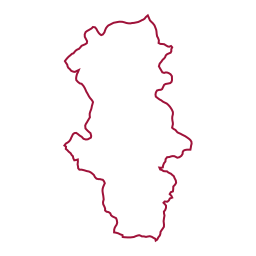 outline of Campos Altos, Minas Gerais, Brazil
{"feature_id": "56859067B3619402154228", "entity_name": "Campos Altos", "entity_type": "district", "adm_level": 2, "iso_a3": "BRA", "parent_name": "Brazil", "parent_adm1": "Minas Gerais", "projection": "robinson", "projection_center": [-46.195, -19.611], "detail": "fine", "context": "isolated", "style": "outline", "palette": "rose", "viewbox_px": 256, "rotation_deg": 0, "n_neighbors": 0, "source": "geoboundaries", "source_scale": "gbopen_adm2", "svg_char_len": 4205}
<svg xmlns="http://www.w3.org/2000/svg" viewBox="0 0 256 256"><path d="M162.1,89.1L163.3,86.6L164.1,84.9L165.5,84.0L167.8,83.6L170.2,83.1L171.5,81.9L172.0,80.1L171.9,76.2L170.6,74.3L168.9,73.2L167.4,72.6L165.9,72.4L164.1,72.9L162.3,72.3L161.3,70.5L160.1,68.5L158.9,66.3L159.7,63.6L161.4,61.6L162.7,59.7L164.1,58.5L165.1,57.2L165.8,55.4L167.1,54.2L168.9,53.4L170.6,52.7L171.3,51.3L171.3,49.2L172.2,47.3L171.0,46.0L169.3,46.7L167.9,46.5L166.3,45.6L164.1,44.2L162.0,44.0L160.3,43.9L158.6,43.0L158.9,40.4L158.1,38.1L157.1,36.3L156.7,34.0L156.5,31.7L156.2,29.8L155.4,27.7L154.5,25.4L152.9,23.3L151.0,21.5L149.9,20.3L149.0,18.1L147.8,15.4L145.8,17.1L144.6,18.7L143.1,19.7L141.8,20.2L140.4,21.0L138.2,22.0L135.8,22.5L133.9,22.9L132.2,23.0L130.3,23.4L128.4,23.3L126.5,23.0L124.3,22.3L122.3,21.8L119.4,21.7L117.7,22.0L116.1,22.3L113.6,22.8L111.6,23.8L109.9,24.7L108.4,25.4L107.2,26.6L106.0,28.2L105.1,30.3L104.4,32.4L102.8,34.5L101.2,35.1L99.8,34.1L98.7,32.9L97.4,30.9L96.3,28.8L95.0,27.3L92.9,27.0L91.6,28.4L90.4,29.1L88.7,30.1L87.2,30.9L85.6,32.1L84.7,34.4L84.8,36.8L85.9,38.9L87.1,41.2L86.8,43.2L85.1,44.3L83.2,45.1L81.6,45.8L80.3,47.4L78.8,49.0L77.5,49.4L75.7,50.6L74.5,52.0L73.5,53.3L72.0,53.8L70.2,55.4L68.6,56.7L67.2,58.2L66.1,59.5L64.9,61.1L66.2,63.2L67.2,64.6L67.6,66.4L68.3,67.8L69.6,68.9L71.3,70.9L73.4,71.7L74.9,71.9L76.3,71.2L78.8,70.0L77.9,72.3L77.0,74.0L76.4,76.3L76.1,78.2L76.3,80.1L77.8,81.8L79.8,83.4L81.6,83.8L83.5,86.0L84.7,88.0L85.5,89.7L86.3,91.6L87.5,93.6L88.7,95.9L89.9,97.8L91.1,99.2L92.2,100.6L93.0,102.1L92.5,104.0L91.9,106.0L91.6,107.6L91.2,109.2L90.3,111.5L89.7,113.6L89.7,115.5L89.9,117.3L88.8,119.1L87.8,120.8L86.9,122.4L85.9,123.9L85.2,125.6L85.5,128.5L87.5,130.6L88.9,131.9L90.5,133.2L91.2,136.0L90.9,137.6L89.3,138.5L87.8,139.3L85.8,139.5L83.5,138.8L81.7,136.8L79.6,135.5L77.8,134.0L76.2,132.9L74.4,133.1L72.9,134.3L72.1,136.0L71.2,137.8L70.5,139.5L69.2,141.3L67.7,142.5L65.8,143.6L64.4,145.5L66.0,146.6L65.8,148.9L67.4,150.2L68.6,151.6L70.6,153.2L71.8,155.2L72.9,156.2L73.3,158.3L74.3,160.3L76.1,160.0L77.8,159.5L77.9,161.5L77.6,164.4L78.0,166.4L78.2,168.3L79.4,169.7L81.8,169.7L84.3,170.3L86.8,171.1L88.9,171.5L90.6,172.3L92.2,173.5L93.9,175.0L94.9,177.0L96.5,178.7L98.4,179.1L99.9,179.1L101.3,179.5L102.8,179.8L104.0,181.3L104.8,183.2L103.9,185.2L103.1,187.1L102.6,189.0L102.5,190.9L102.8,193.2L103.3,196.0L103.7,199.4L103.0,202.1L103.2,204.2L104.4,206.6L105.1,208.5L105.1,210.5L106.5,211.7L108.6,212.1L110.3,213.3L111.0,215.2L112.4,216.4L114.3,217.3L116.1,218.2L116.8,220.1L117.2,222.7L116.6,224.7L115.6,226.2L114.8,227.6L114.2,229.5L114.1,232.4L116.0,232.7L118.2,233.3L120.4,234.4L122.5,235.1L122.7,237.0L124.2,237.2L125.9,237.3L127.6,237.4L130.5,237.4L133.8,237.0L135.7,236.2L137.4,235.6L139.2,235.2L140.6,235.7L141.9,236.4L143.9,236.4L146.0,236.9L147.9,236.5L149.8,236.2L151.8,236.8L153.4,237.8L155.3,238.8L155.7,240.6L157.2,239.6L158.3,237.4L159.8,235.5L160.4,233.6L160.5,232.0L161.4,230.5L162.6,228.8L163.9,226.8L164.0,224.6L163.6,221.2L164.0,218.2L164.5,215.5L164.0,213.3L163.9,211.6L165.2,210.0L166.0,207.8L166.0,205.6L164.9,204.2L163.5,202.8L164.6,201.5L167.4,201.7L168.9,200.4L169.8,198.5L172.2,197.6L171.3,195.7L169.7,194.1L170.8,192.2L172.9,191.4L173.2,189.3L173.3,186.5L175.1,184.6L176.1,182.8L175.8,180.5L174.6,178.2L173.8,176.2L172.2,174.9L170.9,173.7L169.5,173.1L168.2,172.4L166.9,171.3L165.3,171.3L163.5,171.1L161.9,170.0L160.2,169.5L159.4,167.6L161.1,167.8L162.8,167.4L163.1,165.5L164.0,163.2L165.4,161.5L165.6,159.2L167.1,157.2L169.4,157.0L171.1,156.4L172.5,156.1L174.4,156.2L175.8,156.9L177.3,157.7L179.4,157.2L181.4,155.8L182.6,153.9L182.7,152.1L183.5,150.7L185.0,150.0L186.8,149.7L188.7,149.7L190.4,149.7L190.8,147.6L191.1,145.6L191.6,143.7L191.4,141.7L190.4,140.1L189.1,138.9L187.3,137.6L185.2,136.2L183.6,135.4L182.0,134.6L180.6,133.8L179.2,133.2L177.5,132.4L176.5,131.3L175.5,130.0L173.5,128.9L172.1,127.7L172.5,125.9L172.9,124.2L172.8,122.5L172.4,120.5L172.2,118.4L172.3,116.6L172.9,114.2L172.9,112.1L172.1,110.2L171.2,108.6L169.9,106.7L168.2,104.8L166.7,103.5L165.0,102.7L163.0,101.7L161.2,100.3L159.6,99.5L157.7,98.1L155.8,96.6L155.5,94.5L155.9,92.4L157.0,90.5L159.0,89.9L160.8,89.8L162.1,89.1Z" fill="none" stroke="#9f1239" stroke-width="2"/></svg>